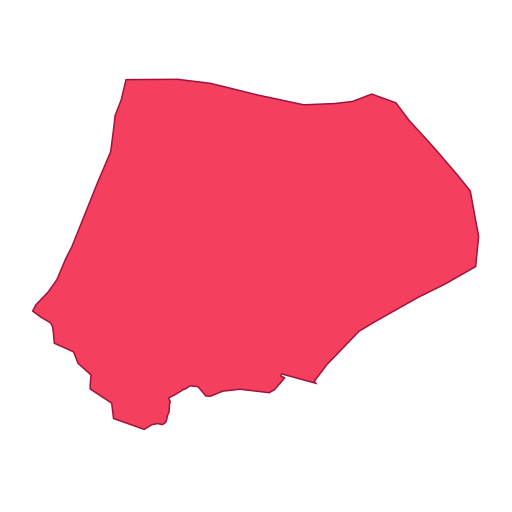 Dar-Tama, Wadi Fira, Chad, rotated 91°
{"feature_id": "50815135B35128958764518", "entity_name": "Dar-Tama", "entity_type": "district", "adm_level": 2, "iso_a3": "TCD", "parent_name": "Chad", "parent_adm1": "Wadi Fira", "projection": "equal_earth", "projection_center": [22.272, 14.447], "detail": "fine", "context": "isolated", "style": "filled", "palette": "rose", "viewbox_px": 512, "rotation_deg": 91, "n_neighbors": 0, "source": "geoboundaries", "source_scale": "gbopen_adm2", "svg_char_len": 1867}
<svg xmlns="http://www.w3.org/2000/svg" viewBox="0 0 512 512"><g transform="rotate(91 256 256)"><path d="M315.0,478.3L316.6,476.0L320.7,470.4L326.1,460.8L328.2,459.1L331.3,457.9L336.0,457.3L343.4,456.5L346.7,456.1L346.8,456.1L347.8,453.7L352.7,442.1L355.0,436.9L355.1,436.7L364.6,432.8L365.1,432.6L366.5,432.0L377.8,418.9L388.5,419.6L389.6,419.5L390.0,419.5L391.9,419.4L394.7,415.0L400.2,406.3L405.7,397.7L410.3,397.1L421.0,395.6L422.1,392.4L423.5,388.1L430.2,368.0L431.3,364.8L429.4,361.8L426.3,357.0L426.3,356.7L425.3,351.4L425.3,351.2L426.2,346.7L424.8,344.4L424.7,344.3L422.6,342.8L420.3,342.3L417.1,341.7L414.0,340.4L413.5,340.2L413.3,340.2L412.5,340.2L409.5,340.0L409.4,340.0L408.6,340.0L405.9,339.9L403.2,339.2L402.7,339.4L400.6,340.5L399.5,341.0L395.7,333.9L393.5,330.5L390.8,326.3L390.0,324.1L388.8,322.3L387.0,319.8L387.3,316.3L387.5,312.4L388.3,311.1L393.1,307.0L396.7,303.8L396.8,303.8L396.9,300.1L397.0,299.1L394.6,293.5L394.5,293.4L393.1,290.0L392.7,289.2L392.1,287.8L391.7,286.7L389.5,269.8L389.9,265.6L390.1,264.0L390.4,260.5L391.2,252.9L391.9,245.8L392.5,240.5L390.9,237.9L390.7,237.4L390.4,237.0L389.5,235.3L378.4,226.0L377.4,225.3L377.1,225.7L376.7,226.4L376.6,226.6L376.4,227.5L376.4,227.9L376.4,228.4L375.5,228.9L375.1,228.9L374.9,228.8L374.0,228.6L373.6,228.1L373.7,227.3L374.3,225.0L374.3,224.9L381.2,198.0L382.2,194.0L380.2,195.5L363.2,183.1L348.3,169.2L329.3,151.5L320.3,137.1L294.4,93.0L285.1,74.9L280.3,65.7L262.7,36.2L235.0,33.9L232.5,33.7L215.5,37.2L187.2,42.9L171.4,56.1L158.8,67.3L148.9,76.0L135.0,88.9L118.0,105.1L100.4,118.8L92.1,143.2L99.8,162.3L102.2,180.2L104.0,210.9L94.7,258.6L84.2,304.3L80.7,337.5L81.9,388.7L81.9,389.0L102.6,393.6L118.3,399.4L127.6,400.2L154.2,403.1L187.2,416.4L250.5,440.5L261.3,445.9L283.2,454.7L295.9,463.4L308.6,475.2L314.2,478.0L315.0,478.3Z" fill="#f43f5e" stroke="#9f1239" stroke-width="1.5"/></g></svg>